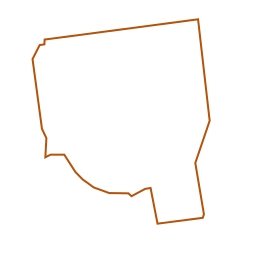 Henderson, Tennessee, United States of America (Natural Earth projection), rotated 351°
{"feature_id": "52423323B24254636844315", "entity_name": "Henderson", "entity_type": "district", "adm_level": 2, "iso_a3": "USA", "parent_name": "United States of America", "parent_adm1": "Tennessee", "projection": "natural_earth1", "projection_center": [-88.459, 35.621], "detail": "fine", "context": "isolated", "style": "outline", "palette": "amber", "viewbox_px": 256, "rotation_deg": 351, "n_neighbors": 0, "source": "geoboundaries", "source_scale": "gbopen_adm2", "svg_char_len": 434}
<svg xmlns="http://www.w3.org/2000/svg" viewBox="0 0 256 256"><g transform="rotate(351 128 128)"><path d="M44.5,45.0L42.9,115.3L45.8,125.3L41.8,144.0L47.4,142.2L60.9,144.4L69.1,163.1L75.1,171.6L84.8,181.3L99.2,189.3L118.2,192.6L120.8,195.9L135.4,190.8L140.9,190.8L142.2,227.1L187.8,228.4L189.5,225.0L189.0,173.1L209.8,133.6L214.2,31.6L59.5,27.6L58.5,32.3L53.7,32.3L44.5,45.0Z" fill="none" stroke="#b45309" stroke-width="2"/></g></svg>